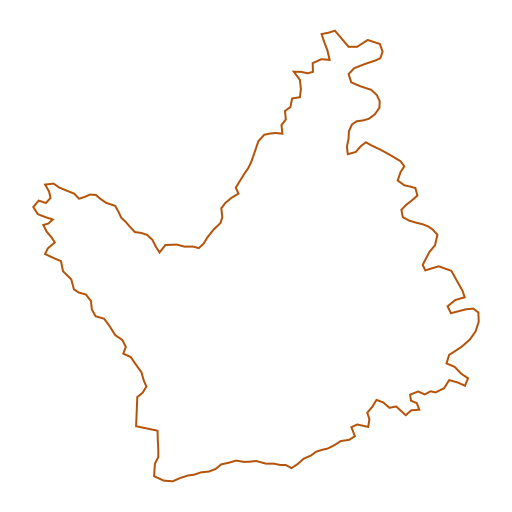 Frederico Westphalen, Rio Grande do Sul, Brazil
{"feature_id": "56859067B29549257615532", "entity_name": "Frederico Westphalen", "entity_type": "district", "adm_level": 2, "iso_a3": "BRA", "parent_name": "Brazil", "parent_adm1": "Rio Grande do Sul", "projection": "natural_earth1", "projection_center": [-53.359, -27.324], "detail": "fine", "context": "isolated", "style": "outline", "palette": "amber", "viewbox_px": 512, "rotation_deg": 0, "n_neighbors": 0, "source": "geoboundaries", "source_scale": "gbopen_adm2", "svg_char_len": 2966}
<svg xmlns="http://www.w3.org/2000/svg" viewBox="0 0 512 512"><path d="M462.5,290.8L451.3,270.8L438.8,266.3L431.0,268.6L425.3,270.4L422.7,264.9L425.9,258.7L429.3,252.1L435.0,245.3L437.4,234.7L432.5,229.4L427.9,226.3L422.8,224.3L416.5,222.8L409.1,220.6L402.8,217.1L401.4,209.8L406.3,204.7L411.4,200.8L417.4,195.6L415.4,188.1L409.9,186.5L404.5,185.4L397.7,180.5L400.6,172.0L404.3,166.3L400.5,161.2L389.5,154.6L379.9,149.4L372.2,145.8L365.8,142.3L360.6,146.4L355.7,152.0L347.8,154.2L346.9,146.7L348.6,138.5L348.9,131.3L352.0,124.4L356.9,121.2L362.6,120.5L368.6,118.9L374.8,114.4L379.4,107.8L379.7,101.2L376.8,95.0L371.1,89.8L360.2,86.2L351.2,82.3L348.6,74.1L354.2,68.2L359.8,66.0L364.9,64.0L375.4,60.5L380.3,58.2L382.6,51.7L379.9,44.0L367.7,40.0L357.1,46.8L348.6,46.8L334.9,30.7L328.9,32.6L321.6,34.1L323.8,40.9L327.4,50.3L329.6,59.9L321.4,59.2L312.7,63.1L312.9,71.9L307.5,73.3L301.5,71.9L293.8,71.7L299.9,79.9L300.9,89.3L299.9,97.2L292.1,98.5L290.4,107.1L285.0,110.9L285.8,119.5L281.5,125.0L282.4,133.7L275.3,133.0L269.6,133.6L264.2,134.8L258.4,141.2L254.5,152.6L251.1,162.3L248.2,168.2L244.4,173.7L240.2,180.4L235.8,187.7L238.5,193.6L231.6,197.7L225.1,203.2L221.3,208.3L222.3,217.1L220.5,223.0L213.4,229.8L207.2,237.7L203.7,243.5L198.8,248.1L193.0,246.6L184.5,246.6L176.8,244.6L165.4,245.0L159.5,252.5L155.8,246.6L152.4,239.8L147.1,234.9L141.1,232.9L134.9,232.1L130.7,227.7L126.0,222.2L121.2,217.7L118.7,212.2L115.2,205.9L106.1,202.8L100.3,198.8L95.8,194.9L89.9,194.6L85.0,196.8L79.0,198.7L74.2,193.6L65.6,190.2L59.0,187.4L53.6,183.6L45.1,184.6L49.1,191.6L50.5,198.0L45.9,203.0L38.7,200.6L33.3,207.0L37.9,214.2L45.9,217.3L52.8,219.5L48.4,223.5L43.3,225.0L46.8,231.8L51.1,236.9L54.8,242.4L47.9,248.3L45.0,254.0L54.2,258.3L61.0,261.1L63.0,271.2L71.3,279.4L73.9,289.3L78.7,292.5L85.9,294.5L91.0,301.1L91.8,309.4L95.6,316.3L104.1,318.7L109.6,326.2L115.3,335.2L122.4,340.0L125.8,346.9L123.3,353.7L130.7,357.0L136.9,366.0L141.5,372.4L143.7,380.3L146.4,386.6L142.6,392.8L137.3,397.0L136.1,426.2L157.5,430.7L157.8,439.9L158.3,449.6L158.3,457.1L154.9,463.7L154.1,476.2L163.7,480.6L172.6,481.3L180.8,477.8L188.0,475.5L194.1,474.7L201.2,472.3L208.8,471.6L215.7,468.9L221.1,464.4L228.5,462.8L236.2,460.6L244.0,461.9L249.6,461.7L256.2,461.0L266.2,463.7L274.1,463.7L280.4,465.0L285.7,465.0L291.5,468.1L297.0,464.5L303.9,458.6L311.0,455.5L316.1,451.7L321.8,449.9L327.8,448.5L334.0,445.4L340.9,441.0L349.1,439.9L354.9,436.2L351.4,427.2L357.2,424.5L368.2,426.9L369.4,419.3L367.3,412.7L372.2,406.9L376.5,399.9L383.4,402.5L389.3,407.8L396.2,406.5L405.7,415.2L411.3,410.3L419.3,409.7L416.8,403.1L411.0,400.7L410.1,394.6L418.1,391.5L424.8,394.4L430.5,391.3L435.6,392.4L444.1,388.2L449.2,380.1L457.8,382.5L465.0,385.8L468.0,378.3L461.2,373.7L454.7,366.9L446.5,363.4L449.2,354.8L454.5,351.5L461.8,346.6L469.8,339.6L475.6,331.4L478.7,321.8L478.4,312.5L473.3,308.6L466.0,309.3L450.9,313.2L447.6,306.3L455.3,300.0L464.7,297.3L462.5,290.8Z" fill="none" stroke="#b45309" stroke-width="2"/></svg>